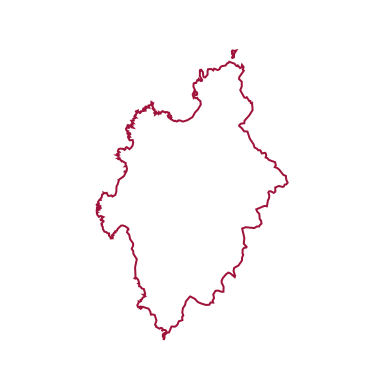 Nossa Senhora Do Monte, Brava, Cabo Verde (Mercator projection), rotated 22°
{"feature_id": "66160863B40523802781782", "entity_name": "Nossa Senhora Do Monte", "entity_type": "district", "adm_level": 2, "iso_a3": "CPV", "parent_name": "Cabo Verde", "parent_adm1": "Brava", "projection": "mercator", "projection_center": [-24.736, 14.849], "detail": "fine", "context": "isolated", "style": "outline", "palette": "rose", "viewbox_px": 384, "rotation_deg": 22, "n_neighbors": 0, "source": "geoboundaries", "source_scale": "gbopen_adm2", "svg_char_len": 6089}
<svg xmlns="http://www.w3.org/2000/svg" viewBox="0 0 384 384"><g transform="rotate(22 192 192)"><path d="M194.6,60.1L193.3,59.6L193.0,56.8L190.8,55.4L191.2,57.9L190.2,59.1L187.1,57.5L186.8,58.4L185.9,58.5L183.3,57.1L177.7,57.3L177.6,58.4L176.4,59.5L175.8,62.1L172.2,64.4L171.4,66.4L171.6,67.7L170.2,69.3L166.4,69.3L166.1,71.3L164.1,70.7L161.0,72.0L161.1,73.9L162.5,77.4L161.3,80.8L160.5,81.2L159.3,80.7L157.1,76.7L154.7,75.2L153.8,75.8L153.9,76.6L154.6,76.6L154.1,77.1L155.9,81.7L159.5,84.4L159.5,85.2L158.7,85.8L155.9,84.7L156.1,86.2L155.0,86.3L154.9,89.5L153.3,90.0L152.9,90.9L153.8,93.7L157.8,97.6L159.4,97.9L160.2,99.4L160.0,100.3L158.6,101.1L156.3,97.9L156.1,101.4L158.4,104.2L158.9,103.3L160.5,103.6L161.6,102.7L162.9,103.8L165.7,104.6L167.4,107.6L166.6,113.2L165.0,117.1L164.4,122.4L160.9,127.1L157.2,130.1L154.1,130.1L152.3,130.9L152.3,131.6L151.0,132.5L149.9,132.2L148.9,132.9L145.0,132.4L145.0,130.4L144.1,130.0L143.7,128.4L143.3,131.8L142.3,131.7L140.9,130.3L142.0,128.1L141.1,127.2L140.5,127.7L139.5,127.1L137.8,127.7L137.7,128.3L134.3,128.1L133.7,129.9L132.7,130.1L133.2,131.2L132.4,131.5L131.3,130.8L131.5,132.2L130.3,131.7L128.9,133.9L128.6,132.0L128.0,133.1L127.4,132.9L127.8,131.8L126.3,129.4L125.8,129.4L125.7,130.1L124.1,129.3L124.3,128.1L123.1,127.3L122.8,124.8L122.2,125.4L121.7,124.0L120.7,123.8L121.6,126.5L119.4,128.0L120.7,129.7L119.3,129.6L119.4,130.2L118.6,130.2L118.4,130.8L118.0,130.0L117.2,130.0L116.8,130.7L117.9,132.8L116.4,132.2L115.6,132.8L115.6,133.7L117.3,134.6L114.4,136.4L114.6,137.3L114.1,137.6L114.8,138.7L113.0,137.7L111.7,138.6L111.3,136.8L109.8,138.3L111.3,139.7L110.7,141.5L111.8,142.1L110.5,141.9L110.2,143.2L112.1,143.9L111.0,144.3L111.5,144.9L110.2,146.0L111.2,147.4L109.1,148.6L111.8,150.1L110.6,150.4L110.5,151.1L111.6,151.9L110.5,152.5L111.1,153.4L113.3,154.4L111.7,154.7L110.7,154.0L108.9,154.4L108.4,153.7L107.3,154.1L107.4,155.1L109.5,154.8L109.2,155.8L110.2,156.0L108.6,156.5L106.8,156.1L107.4,156.6L107.1,158.2L108.2,159.4L109.9,159.5L109.5,160.4L110.2,161.9L112.0,160.6L112.8,160.9L113.1,161.6L111.9,162.9L113.5,163.9L112.0,164.3L112.0,164.9L112.4,165.3L112.8,164.5L113.4,164.7L113.6,166.5L114.8,167.4L117.6,166.1L119.1,168.6L119.5,171.3L118.9,173.9L117.9,175.7L114.0,174.6L114.7,175.2L113.9,175.7L114.3,177.2L113.6,178.3L112.6,177.7L109.3,178.6L107.9,179.8L108.0,181.9L109.9,182.3L108.5,184.3L110.1,184.9L108.2,186.1L110.4,186.2L111.2,187.7L110.7,188.3L112.1,188.0L111.8,189.0L113.1,188.7L115.1,189.8L115.3,189.4L119.8,190.1L120.3,191.9L121.1,192.4L120.8,192.9L121.4,192.6L122.9,194.6L123.5,196.8L123.4,197.8L122.2,197.8L122.0,198.3L123.1,198.2L123.3,198.7L122.9,202.9L119.4,208.3L119.8,208.5L120.2,212.6L119.9,215.1L121.7,220.0L122.0,223.4L119.9,226.0L118.7,225.3L116.3,226.9L115.4,226.8L113.3,224.7L112.5,225.5L110.2,225.7L110.8,226.4L109.6,228.2L110.3,231.0L109.6,232.4L110.4,233.5L109.1,234.1L108.6,236.5L110.2,237.8L109.8,238.4L108.9,238.3L108.4,239.6L109.3,240.3L112.3,239.4L112.6,240.3L111.2,239.8L110.6,240.5L113.3,241.2L112.9,242.0L109.8,242.4L110.3,243.7L111.9,243.8L110.6,245.0L111.4,246.3L112.2,246.3L111.6,247.2L112.6,248.5L115.0,249.9L116.3,248.4L119.2,248.4L118.2,249.9L118.7,250.9L117.6,251.8L118.1,252.4L120.3,251.9L121.0,252.3L119.9,255.5L120.8,255.9L120.9,257.0L122.2,257.6L123.1,259.5L125.6,261.6L127.7,261.3L129.0,261.9L130.6,261.5L131.3,263.5L133.5,264.6L134.0,265.5L135.2,264.9L134.2,264.5L135.4,263.3L134.0,262.2L135.4,261.3L134.7,260.5L134.9,259.3L136.2,258.2L135.4,257.4L136.9,255.8L136.9,254.0L138.8,249.8L140.1,249.0L143.0,248.8L146.5,249.7L147.2,250.6L146.5,251.5L146.9,253.7L149.7,255.1L152.3,258.9L156.7,261.8L157.5,263.9L157.4,267.3L159.4,268.6L161.0,271.4L166.0,275.0L167.4,283.0L171.5,292.0L171.1,293.5L172.0,293.5L172.9,292.6L174.9,293.5L177.1,296.2L176.5,297.0L177.6,297.3L178.3,299.2L179.6,299.0L181.5,300.2L183.7,300.0L186.7,303.9L186.3,304.5L186.8,305.1L185.6,305.5L187.7,306.2L185.8,308.6L185.8,310.3L184.8,311.2L185.6,312.2L184.8,313.2L183.5,313.4L184.0,314.3L183.7,317.5L185.1,318.9L186.9,317.7L187.1,318.9L187.6,318.4L188.3,319.3L188.8,318.7L188.6,317.3L189.4,316.9L195.5,316.5L198.1,318.5L199.9,321.1L201.4,320.2L203.6,320.1L207.2,324.5L207.5,329.0L209.0,329.7L209.1,330.4L213.0,330.9L214.0,329.7L215.5,329.5L216.1,330.2L216.2,332.3L217.0,330.5L219.2,330.0L220.5,330.8L220.6,331.6L218.5,334.2L218.4,335.0L219.1,337.0L220.4,337.6L221.0,339.8L221.3,338.0L220.1,335.0L221.6,331.8L223.3,330.8L223.4,324.4L226.7,323.2L227.5,322.1L228.2,320.2L228.2,316.8L231.1,314.4L229.6,311.4L230.2,309.8L228.1,307.3L227.1,303.2L227.9,299.3L227.3,295.8L229.2,289.9L229.5,289.5L234.7,290.0L238.8,291.9L243.2,291.9L247.3,291.5L250.3,290.0L250.6,287.5L253.1,286.6L251.8,285.0L252.2,282.1L250.1,279.1L250.8,274.9L252.8,273.7L256.9,273.4L258.5,272.7L256.8,268.0L253.4,264.9L252.7,263.2L252.8,260.3L254.4,255.5L255.9,253.1L258.1,253.1L263.5,254.9L263.4,253.5L262.1,252.9L262.2,252.1L260.1,249.7L259.5,246.6L262.6,242.8L264.0,236.7L263.0,234.1L263.0,231.0L261.7,229.8L260.5,226.2L261.3,224.1L263.1,223.2L263.2,222.4L259.3,220.5L257.8,215.1L252.2,207.1L255.1,204.5L263.3,202.1L265.1,199.6L267.2,198.8L267.3,197.2L268.3,195.3L266.8,192.7L264.9,191.7L262.6,187.1L259.7,185.7L258.1,184.0L264.3,177.8L266.8,177.2L265.5,171.1L265.8,169.3L265.1,166.5L263.0,163.9L263.1,162.8L264.5,161.8L268.1,162.2L269.1,160.4L267.5,156.6L270.3,153.9L274.3,153.3L275.0,152.5L275.2,150.4L276.6,149.6L277.2,147.5L274.8,145.3L273.0,141.9L270.2,141.9L264.5,138.6L261.7,137.8L259.4,137.9L259.7,135.8L257.8,133.2L251.7,133.5L249.0,132.4L247.3,132.4L247.2,130.5L246.0,128.7L245.0,128.3L242.3,130.1L239.7,127.7L237.7,128.5L236.3,127.6L233.3,127.3L231.1,124.6L225.5,120.8L220.8,115.2L217.4,116.2L214.8,114.4L211.0,113.1L210.8,112.2L211.8,110.3L214.7,108.7L214.0,106.2L216.4,99.5L217.5,93.4L214.4,87.0L213.9,87.7L213.1,87.5L212.0,85.8L211.0,86.2L207.3,83.6L206.5,84.6L205.1,84.8L198.6,79.5L198.6,75.5L196.8,71.1L193.2,69.6L192.8,67.5L194.6,60.1ZM179.3,48.2L180.0,44.2L178.5,45.3L176.5,45.6L176.2,46.6L177.9,48.1L177.0,48.0L177.5,49.1L179.2,49.7L178.7,52.1L179.2,52.6L180.4,51.4L179.3,48.2Z" fill="none" stroke="#9f1239" stroke-width="2"/></g></svg>